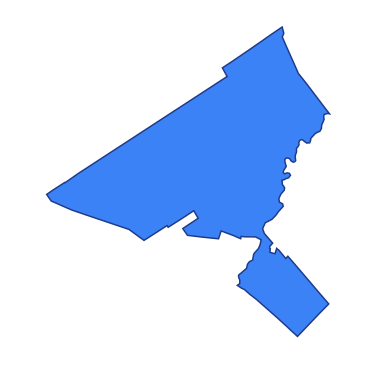 Peretu, Teleorman, Romania, rotated 84°
{"feature_id": "2599482B52824361951621", "entity_name": "Peretu", "entity_type": "district", "adm_level": 2, "iso_a3": "ROU", "parent_name": "Romania", "parent_adm1": "Teleorman", "projection": "natural_earth1", "projection_center": [25.098, 44.029], "detail": "fine", "context": "isolated", "style": "filled", "palette": "blue", "viewbox_px": 384, "rotation_deg": 84, "n_neighbors": 0, "source": "geoboundaries", "source_scale": "gbopen_adm2", "svg_char_len": 2176}
<svg xmlns="http://www.w3.org/2000/svg" viewBox="0 0 384 384"><g transform="rotate(84 192 192)"><path d="M346.7,102.2L345.9,101.3L326.7,78.7L317.6,67.7L306.1,75.7L294.4,83.7L274.5,97.4L265.9,103.4L267.9,105.7L258.8,111.8L257.5,113.2L256.9,113.7L262.0,115.8L261.2,118.3L259.9,120.9L256.7,120.0L256.0,120.7L254.1,120.2L251.3,117.1L241.4,124.0L241.2,124.3L235.9,125.6L230.3,122.4L227.5,115.3L223.8,110.9L220.4,107.9L215.8,102.8L213.3,103.1L211.2,106.1L207.6,106.3L203.5,103.9L200.0,100.2L197.7,99.4L195.7,100.3L193.8,101.4L191.5,101.2L189.9,101.4L189.4,100.4L189.5,99.4L188.5,97.0L188.0,94.5L185.7,92.3L183.6,93.2L182.9,95.5L183.6,98.0L182.3,99.2L180.3,98.7L176.4,95.6L171.9,96.4L169.3,96.3L168.2,94.9L168.2,92.9L169.2,91.3L171.6,90.1L172.9,88.2L172.6,86.6L171.5,85.6L168.8,85.7L166.2,85.4L163.2,83.9L159.4,83.5L158.3,82.1L156.2,80.6L154.4,80.7L152.2,79.7L151.4,78.2L151.6,76.6L153.4,75.0L155.3,72.8L155.4,69.8L153.0,68.6L151.1,68.3L147.1,63.7L145.9,61.6L145.0,58.5L142.5,56.7L138.8,56.0L136.0,54.3L133.4,53.0L132.2,53.1L131.0,53.2L128.6,52.4L128.3,50.2L128.1,49.4L128.1,49.1L128.3,48.1L128.6,47.1L124.6,49.6L110.1,58.4L95.9,67.0L85.1,73.9L80.9,75.2L79.3,75.7L55.0,83.6L47.3,86.0L43.8,84.1L39.2,84.8L37.3,85.1L43.4,96.4L50.7,109.6L58.9,124.6L66.8,139.3L71.7,148.8L80.8,145.0L161.7,303.2L169.3,316.9L169.6,317.6L169.3,317.8L170.4,319.9L171.5,322.1L175.4,329.8L176.5,331.9L176.8,332.4L177.7,334.0L179.2,336.8L182.8,334.9L186.3,332.9L187.3,331.2L188.7,328.6L194.3,318.9L196.2,315.5L197.4,313.3L199.3,309.3L202.6,302.1L203.3,300.7L203.9,299.4L222.6,258.6L235.1,244.8L222.8,220.3L224.6,219.4L216.7,203.6L210.8,192.2L218.8,188.6L224.1,198.8L227.4,205.0L234.5,201.1L234.7,200.7L238.0,186.2L241.3,170.5L233.8,167.1L239.8,155.0L242.0,151.2L243.5,148.5L241.3,147.8L242.1,144.0L243.3,133.5L246.7,128.3L251.1,129.6L255.2,131.8L259.6,136.7L261.3,137.5L266.0,138.8L267.3,142.2L269.7,144.4L273.6,145.7L274.5,147.0L279.5,154.3L280.9,154.6L282.8,154.2L284.7,153.7L288.1,154.1L288.3,154.4L289.6,156.7L293.2,152.3L294.1,150.5L300.3,144.7L304.2,140.6L305.1,139.6L326.2,120.2L335.9,111.6L337.5,110.2L339.8,108.3L346.3,102.5L346.7,102.2Z" fill="#3b82f6" stroke="#1e3a8a" stroke-width="1.5"/></g></svg>